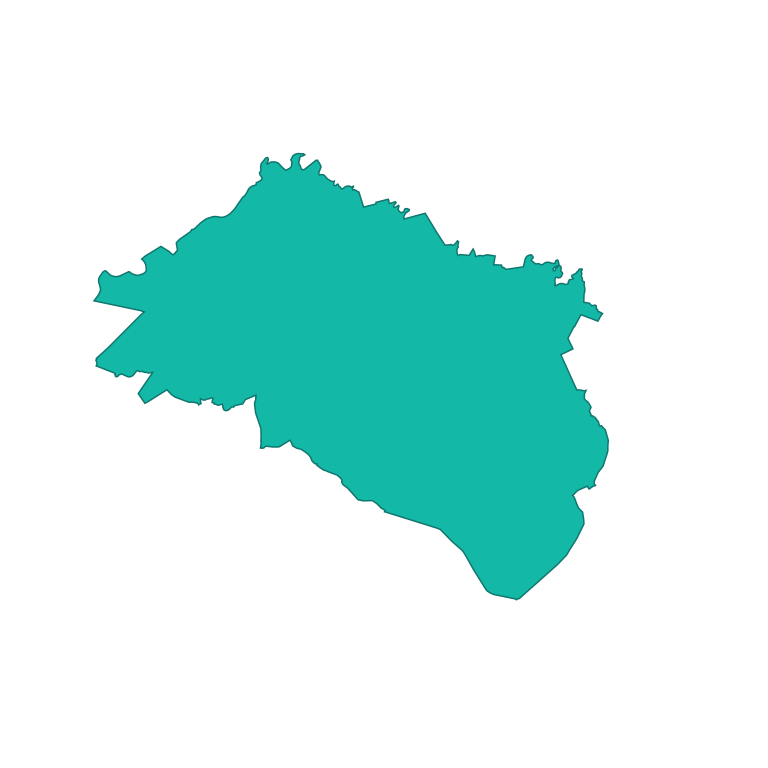 outline of Cociuba Mare, Bihor, Romania, rotated 326°
{"feature_id": "2599482B9172762662109", "entity_name": "Cociuba Mare", "entity_type": "district", "adm_level": 2, "iso_a3": "ROU", "parent_name": "Romania", "parent_adm1": "Bihor", "projection": "robinson", "projection_center": [22.04, 46.715], "detail": "fine", "context": "isolated", "style": "filled", "palette": "teal", "viewbox_px": 768, "rotation_deg": 326, "n_neighbors": 0, "source": "geoboundaries", "source_scale": "gbopen_adm2", "svg_char_len": 6171}
<svg xmlns="http://www.w3.org/2000/svg" viewBox="0 0 768 768"><g transform="rotate(326 384 384)"><path d="M604.6,447.8L602.8,444.4L601.8,443.6L602.6,442.2L602.6,441.6L602.0,440.4L603.4,438.4L603.6,437.6L603.3,436.8L600.0,435.2L599.5,431.9L595.3,428.0L600.1,421.3L601.4,420.3L603.7,417.6L605.3,413.7L607.0,411.6L607.1,411.2L606.1,409.4L607.4,407.6L607.9,404.7L609.0,403.9L610.0,402.6L610.4,400.5L612.1,400.3L612.5,399.4L610.1,397.9L608.0,399.0L606.4,399.0L605.4,399.6L600.7,399.1L600.0,399.5L599.6,400.4L600.0,402.4L598.4,402.4L596.2,401.2L593.9,402.4L592.8,403.8L592.3,403.8L590.0,402.9L588.3,400.6L586.2,399.2L580.8,398.4L580.7,397.8L582.0,396.7L582.9,394.8L584.3,392.8L585.5,391.7L586.7,391.8L588.0,393.7L589.8,394.2L591.6,393.8L593.9,392.2L594.1,391.1L593.8,388.9L595.2,387.6L596.2,386.0L596.3,385.3L595.9,384.5L595.4,383.9L591.1,384.2L588.9,385.6L588.3,385.4L587.8,384.0L588.6,383.1L591.8,382.5L594.0,383.3L595.8,383.1L597.4,379.0L597.1,378.1L595.2,377.9L593.5,379.5L592.9,379.5L590.6,377.7L589.2,375.7L587.3,374.2L585.3,373.5L582.2,373.7L581.0,372.9L579.3,370.5L577.1,369.5L576.1,367.3L576.0,366.3L575.2,364.0L576.1,363.2L577.9,363.0L578.7,362.0L578.8,361.5L578.0,359.7L578.4,359.4L576.9,358.5L574.2,358.0L572.0,358.7L570.7,359.6L565.1,364.8L549.2,357.2L548.5,354.6L548.1,354.0L547.1,353.7L547.9,351.1L541.6,346.5L547.7,340.0L542.2,334.9L539.4,333.6L538.0,333.4L535.3,331.0L531.3,329.6L533.0,324.7L533.3,321.9L526.5,325.0L519.4,319.2L517.2,318.9L517.5,317.0L518.6,314.8L520.4,312.7L522.1,312.0L523.1,309.9L525.0,308.3L525.4,307.6L524.9,306.4L521.7,307.5L519.2,307.8L518.3,307.2L517.5,305.7L515.9,305.2L512.2,302.9L512.5,287.8L513.6,265.5L492.9,258.4L493.7,256.7L494.8,255.7L497.7,254.4L501.5,254.4L502.4,253.9L502.5,253.4L501.0,251.3L499.6,250.6L498.7,250.7L496.7,252.4L493.8,251.4L493.3,249.9L493.2,247.2L495.9,244.9L495.9,244.1L492.8,243.9L491.6,243.4L491.1,242.6L491.7,241.7L492.4,241.3L495.4,240.4L495.4,239.3L489.7,237.5L489.4,237.0L489.5,236.0L490.5,234.9L490.8,233.2L478.9,228.9L478.0,230.3L466.0,225.9L470.5,210.9L469.5,209.4L469.0,207.6L467.7,206.0L466.7,205.9L467.1,204.1L468.9,203.5L469.1,202.8L467.4,202.6L466.7,202.1L465.8,200.3L463.9,199.3L462.4,198.8L459.0,199.0L457.9,198.6L457.7,195.9L457.2,194.2L457.6,193.2L457.5,192.5L456.9,192.2L455.2,192.6L453.8,191.8L453.8,190.6L456.1,188.0L455.2,187.9L453.5,186.2L451.8,182.3L451.2,177.6L450.7,176.7L448.9,175.1L447.3,174.5L447.8,172.6L453.1,168.9L453.8,166.5L454.0,161.3L452.7,160.5L438.6,161.6L437.2,161.4L436.5,160.9L435.7,159.7L436.6,156.1L436.7,153.2L441.0,149.1L441.8,148.6L444.3,149.5L446.5,149.7L446.1,148.3L441.5,144.8L438.6,143.8L436.1,143.9L432.1,146.1L431.9,148.2L429.3,151.6L428.3,152.1L426.5,152.4L422.1,152.0L421.0,148.4L419.9,141.8L418.6,139.8L417.7,138.8L414.6,136.9L413.1,136.5L410.4,136.7L410.2,135.3L411.0,135.2L412.7,134.2L414.0,132.7L414.2,131.2L412.4,130.5L405.4,132.7L403.4,134.7L402.5,135.9L401.8,137.9L398.8,139.4L398.2,141.2L398.2,144.7L397.6,145.6L396.7,146.2L392.4,146.2L390.8,145.6L389.4,147.4L385.2,146.2L382.4,146.2L380.3,146.9L377.6,148.5L374.2,149.9L371.2,150.2L357.6,155.5L352.1,156.7L348.3,156.8L345.2,156.2L342.6,155.1L338.0,150.9L335.4,149.5L329.1,147.7L325.4,147.7L321.9,147.9L314.1,149.3L312.4,149.2L311.1,148.5L308.4,149.5L295.7,149.7L292.4,150.3L290.6,151.0L287.6,157.6L281.9,159.1L281.5,158.9L280.7,157.5L280.2,155.9L280.1,154.3L276.0,145.2L257.7,144.4L253.0,144.9L253.6,147.5L253.4,150.9L252.7,153.0L250.7,156.5L249.9,157.3L248.1,157.9L245.9,157.9L242.5,157.0L240.7,156.3L239.9,155.6L236.9,152.1L235.6,148.5L234.9,148.1L225.4,146.7L222.2,145.4L219.9,143.5L218.0,140.8L216.7,134.9L216.0,134.1L213.9,133.9L208.8,135.8L207.1,136.7L205.4,138.3L204.4,140.3L202.6,145.7L201.4,147.8L197.3,150.4L190.1,152.9L223.1,186.9L225.6,190.2L221.6,190.6L174.8,199.8L159.9,201.9L159.7,203.0L158.5,203.1L157.6,206.6L155.5,208.1L167.0,224.6L166.8,225.2L166.2,225.5L166.0,227.0L165.6,227.7L166.4,228.5L167.7,228.8L169.3,228.3L171.4,228.7L172.4,229.4L175.6,234.6L176.5,235.5L178.2,236.3L180.6,236.6L186.6,234.8L187.6,235.7L188.1,236.9L190.5,238.3L192.0,240.4L193.5,241.4L194.7,243.1L198.7,245.1L174.9,254.5L175.0,266.3L179.1,266.7L200.8,267.4L201.9,274.1L203.5,278.1L211.9,289.8L215.6,292.4L218.4,295.3L218.9,296.7L218.7,297.6L221.4,297.9L221.9,296.4L223.6,293.6L225.5,296.6L227.2,297.4L228.7,297.5L231.4,298.7L233.2,299.0L234.3,300.3L232.6,301.5L231.1,303.2L232.6,304.9L232.0,305.4L233.4,307.0L234.1,308.4L235.3,309.2L238.1,310.1L238.7,310.7L237.4,313.3L236.8,315.6L237.4,317.1L238.6,318.1L241.0,318.6L245.2,317.8L246.2,319.0L248.0,318.6L249.1,318.8L255.7,321.5L260.4,319.4L271.6,321.6L268.4,325.8L267.0,326.5L265.5,328.2L261.4,336.2L257.0,352.2L253.1,358.3L249.9,362.7L248.9,364.6L245.8,368.0L246.5,368.8L247.5,369.0L247.8,369.5L248.5,369.8L251.2,369.4L256.7,374.1L260.9,376.9L262.3,377.5L274.6,378.0L274.5,380.1L273.7,384.4L275.7,388.3L278.8,391.8L280.8,396.6L281.9,400.4L282.2,403.6L281.4,406.9L281.4,408.4L282.2,411.6L283.5,412.2L283.7,412.5L283.7,413.0L282.9,413.5L284.1,417.5L286.0,422.0L287.4,423.3L287.8,424.3L294.2,433.3L295.3,437.3L295.5,440.2L294.2,441.4L293.7,443.3L294.1,445.8L295.7,450.2L297.8,465.5L301.4,469.2L309.1,474.1L311.2,479.2L312.2,485.0L314.4,489.7L313.0,490.2L347.0,532.7L349.3,536.0L352.5,553.3L355.7,565.3L355.9,567.4L355.8,571.1L354.4,588.4L353.6,611.1L353.9,613.6L355.5,617.1L357.4,620.0L372.4,635.3L373.3,637.0L374.1,636.8L376.3,637.5L426.8,630.7L439.8,627.9L445.5,625.1L457.7,619.8L471.2,612.0L471.8,611.4L474.1,607.4L477.0,601.3L476.2,597.8L476.0,595.2L476.9,590.4L478.3,584.7L478.3,582.9L478.0,581.9L484.1,580.7L486.1,580.7L495.3,582.4L495.3,585.8L500.3,585.7L502.6,586.4L502.5,583.9L504.4,581.9L511.9,577.2L519.6,574.6L528.5,567.7L532.1,564.7L535.6,559.6L538.4,556.3L541.8,545.9L540.9,540.2L539.6,539.6L539.6,538.0L540.7,535.0L540.5,533.3L540.2,533.0L540.5,531.2L540.1,530.5L540.3,529.5L539.3,528.4L539.3,527.2L537.9,526.3L537.8,525.9L538.5,525.2L539.2,521.1L542.5,519.2L542.8,517.9L543.0,513.1L542.1,510.5L541.9,508.1L544.7,504.3L547.9,502.3L546.2,501.7L544.0,499.3L540.5,496.6L547.0,458.6L560.3,460.5L562.0,449.0L573.6,442.6L574.0,443.0L586.0,436.7L596.5,451.5L601.5,448.9L604.6,447.8Z" fill="#14b8a6" stroke="#0f766e" stroke-width="1.5"/></g></svg>